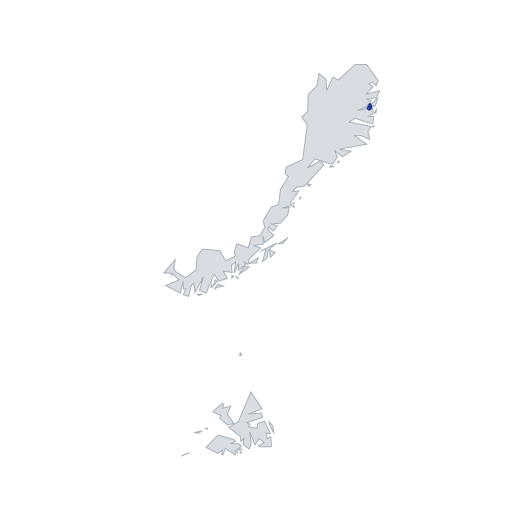 Fusa nor, Hordaland, Norway (highlighted), rotated 193°
{"feature_id": "86288312B62165724203406", "entity_name": "Fusa nor", "entity_type": "district", "adm_level": 2, "iso_a3": "NOR", "parent_name": "Norway", "parent_adm1": "Hordaland", "projection": "albers", "projection_center": [5.703, 60.194], "detail": "fine", "context": "in_parent", "style": "filled", "palette": "blue", "viewbox_px": 512, "rotation_deg": 193, "n_neighbors": 0, "source": "geoboundaries", "source_scale": "gbopen_adm2", "svg_char_len": 5854}
<svg xmlns="http://www.w3.org/2000/svg" viewBox="0 0 512 512"><g transform="rotate(193 256 256)"><path d="M284.6,244.5L275.9,251.4L278.1,254.1L277.5,263.6L265.4,262.3L264.7,273.6L257.0,276.3L253.8,285.6L256.9,292.1L252.2,306.9L245.6,311.2L247.1,326.6L242.3,340.7L246.0,342.5L246.7,349.3L232.2,360.4L235.5,395.4L242.7,401.6L238.1,408.6L241.5,425.2L234.9,435.5L235.7,448.0L227.5,443.8L224.4,433.1L221.4,447.6L215.3,446.0L202.6,464.8L191.2,467.4L176.4,454.3L177.4,448.9L182.1,451.6L184.6,449.1L180.0,447.4L184.9,438.6L172.7,444.9L174.5,437.1L183.1,433.8L178.5,433.0L182.3,426.0L190.2,420.7L182.4,423.9L172.9,437.2L173.6,428.8L178.1,428.1L173.0,422.1L177.7,417.5L172.8,418.5L171.9,410.9L190.4,412.4L195.4,407.5L172.8,408.1L175.0,402.6L171.4,395.2L181.0,396.9L187.3,395.3L173.3,389.9L198.8,378.8L187.1,379.4L194.1,372.1L203.3,376.5L199.0,370.8L202.2,362.4L220.6,363.9L225.6,353.3L214.7,363.4L210.4,360.0L224.3,335.2L232.1,332.1L234.8,327.3L228.8,329.1L234.5,315.8L232.3,313.3L241.3,308.6L234.6,310.6L234.4,303.0L239.9,293.3L249.3,290.5L242.0,290.2L245.0,284.1L250.1,287.6L250.4,284.3L243.2,280.0L250.6,271.0L253.7,277.1L251.7,269.2L260.7,265.6L253.2,264.9L261.9,251.7L261.9,245.8L266.4,247.8L264.2,245.0L270.0,237.9L271.1,244.8L273.5,234.5L274.5,245.6L277.9,241.5L275.6,234.6L284.6,233.9L278.9,227.8L286.6,223.2L292.7,229.0L296.2,208.4L303.4,209.9L302.6,223.7L307.2,206.9L310.5,215.4L312.4,212.9L312.6,201.6L318.1,201.9L316.9,208.1L319.2,207.5L321.3,214.9L321.3,202.9L337.5,206.9L325.6,215.4L333.7,220.2L342.0,218.8L333.8,234.4L333.3,225.7L330.8,222.7L319.7,219.0L311.4,229.0L313.2,242.0L310.0,250.6L292.5,253.1L284.6,244.5ZM219.3,66.5L226.2,69.3L226.7,75.8L229.0,71.9L231.1,77.0L244.0,82.8L235.9,90.6L230.5,122.3L215.8,108.6L227.8,100.2L215.6,104.2L213.3,100.2L227.4,91.6L224.1,90.7L225.1,87.9L216.2,88.3L216.6,93.3L210.6,97.0L201.9,86.2L206.2,85.7L203.9,80.5L201.0,83.4L198.1,73.6L209.8,70.8L210.9,72.3L205.8,75.9L211.9,78.9L214.5,71.7L222.5,83.2L218.5,72.0L219.3,66.5ZM231.4,57.5L242.5,61.7L243.5,54.7L244.9,55.1L245.1,58.8L249.2,55.0L261.7,58.3L252.5,73.0L236.2,72.2L234.1,71.0L237.9,67.7L229.8,69.2L227.5,67.0L229.4,64.9L225.5,64.0L231.1,63.3L229.8,60.2L232.3,61.3L231.4,57.5ZM245.5,84.8L255.0,89.9L254.3,92.8L263.0,94.4L256.0,104.7L254.2,104.5L254.3,100.3L246.9,103.8L248.3,95.5L240.1,88.0L245.5,84.8ZM247.9,265.2L252.9,261.5L238.5,273.5L245.4,264.6L244.7,256.7L248.4,251.9L247.9,265.2ZM253.9,249.3L260.9,247.4L253.6,254.8L253.9,249.3ZM260.1,243.7L268.6,234.1L265.0,243.2L260.1,243.7ZM198.6,87.2L204.6,94.3L206.1,97.5L201.5,94.2L198.6,87.2ZM241.8,257.9L244.1,264.8L238.0,263.8L241.8,257.9ZM289.2,214.1L286.7,220.0L281.0,219.3L286.7,216.8L289.2,214.1ZM290.8,217.4L290.6,223.6L288.0,222.6L290.8,217.4ZM231.8,274.9L237.4,272.6L231.7,278.0L231.8,274.9ZM283.2,45.0L276.3,49.5L283.3,44.6L283.2,45.0ZM271.6,70.6L276.6,69.9L269.8,73.3L271.6,70.6ZM299.4,207.0L302.8,204.6L304.3,205.4L299.4,207.0ZM292.9,215.3L292.9,218.5L291.2,216.2L292.9,215.3ZM274.5,228.9L275.1,232.0L273.3,231.2L274.5,228.9ZM249.5,155.2L249.6,158.2L247.6,156.2L249.5,155.2ZM267.1,76.8L264.7,77.2L264.2,76.3L267.1,76.8ZM220.5,335.5L222.0,338.0L218.5,337.7L220.5,335.5ZM267.6,229.7L269.9,230.4L271.4,232.0L267.6,229.7ZM226.3,60.4L227.6,62.0L226.0,61.6L226.3,60.4ZM203.9,360.4L199.8,360.9L204.0,359.1L203.9,360.4ZM198.1,365.0L196.6,367.3L195.9,366.2L198.1,365.0ZM230.8,278.8L229.2,281.5L230.8,277.1L230.8,278.8ZM172.2,423.1L171.7,426.7L171.3,422.0L172.2,423.1ZM230.8,314.0L229.7,312.0L230.9,312.0L230.8,314.0ZM333.6,217.1L334.0,219.6L333.7,219.2L333.6,217.1ZM232.1,315.9L229.9,316.6L232.5,315.4L232.1,315.9ZM226.1,321.4L226.5,323.4L225.3,322.8L226.1,321.4ZM171.1,407.9L170.0,410.1L170.3,408.3L171.1,407.9Z" fill="#d9dde1" stroke="#a8b0b8" stroke-width="1"/><path d="M180.1,424.3L179.5,424.3L179.3,424.3L179.1,424.3L178.9,424.4L178.8,424.2L178.6,423.9L178.5,424.0L178.4,424.3L178.2,424.4L178.1,424.2L178.0,424.3L177.9,424.4L177.9,424.5L177.7,424.6L177.8,424.6L177.7,424.7L177.8,424.8L177.8,424.7L177.8,424.8L177.8,425.0L177.7,425.2L177.8,425.2L177.7,425.2L177.7,425.3L177.7,425.2L177.7,425.3L177.7,425.1L177.8,425.1L177.8,424.9L177.7,424.9L177.7,425.0L177.6,425.3L177.6,425.2L177.6,425.3L177.4,425.5L177.4,425.4L177.3,425.5L177.2,425.5L177.2,425.8L177.2,425.7L177.3,425.7L177.3,425.8L177.2,426.0L177.3,426.0L177.6,425.6L177.7,425.4L177.7,425.2L177.9,425.1L177.9,425.3L177.8,425.5L177.6,425.8L177.5,426.0L177.7,425.9L177.8,425.8L178.0,425.8L178.3,425.9L178.5,425.9L178.6,426.0L178.4,426.1L178.5,426.1L178.4,426.1L178.2,426.1L177.9,426.1L177.7,426.3L177.6,426.5L177.4,426.6L177.2,426.6L177.3,426.7L177.2,426.7L177.3,426.7L177.3,426.8L177.3,427.0L177.2,427.0L177.3,427.1L177.2,427.1L177.2,427.3L177.2,427.2L177.1,427.3L177.1,427.5L177.3,427.6L177.2,427.7L177.2,427.8L177.3,427.8L177.3,427.7L177.5,427.7L177.4,427.7L177.5,427.7L177.9,427.5L178.0,427.4L178.1,427.2L178.1,426.9L178.2,427.0L178.3,427.1L178.5,427.0L178.8,426.9L178.8,427.0L178.7,427.0L178.4,427.2L178.4,427.3L178.5,427.4L178.5,427.5L178.6,427.8L178.8,427.9L178.7,427.9L178.7,428.0L178.8,428.0L178.7,428.1L178.6,428.3L178.4,428.5L178.5,428.5L178.6,428.4L178.6,428.5L178.6,428.8L178.6,429.0L178.8,429.1L178.7,429.1L178.8,429.1L179.0,429.0L179.0,428.9L179.1,428.7L179.1,428.8L179.2,429.0L179.3,428.9L179.5,428.7L179.3,429.0L179.2,429.2L179.3,429.2L179.2,429.3L179.1,429.5L179.0,429.4L179.1,429.2L178.9,429.2L178.7,429.1L178.7,429.3L178.6,429.2L178.4,429.0L178.4,429.3L178.3,429.5L178.5,429.6L178.8,429.8L178.9,429.7L179.0,429.8L179.1,429.7L179.3,429.5L179.3,429.4L179.5,429.3L179.4,429.2L179.5,429.1L179.7,428.8L179.7,428.7L179.8,428.6L179.7,428.3L179.7,428.2L179.7,427.9L179.8,427.8L179.7,427.5L179.7,427.4L179.7,427.2L179.9,427.0L179.9,426.9L180.1,426.8L180.3,426.7L180.2,426.5L180.3,426.3L180.4,426.1L180.5,425.6L180.6,425.4L180.6,425.2L180.6,424.9L180.4,424.5L180.1,424.3Z" fill="#3b82f6" stroke="#1e3a8a" stroke-width="1.5"/></g></svg>